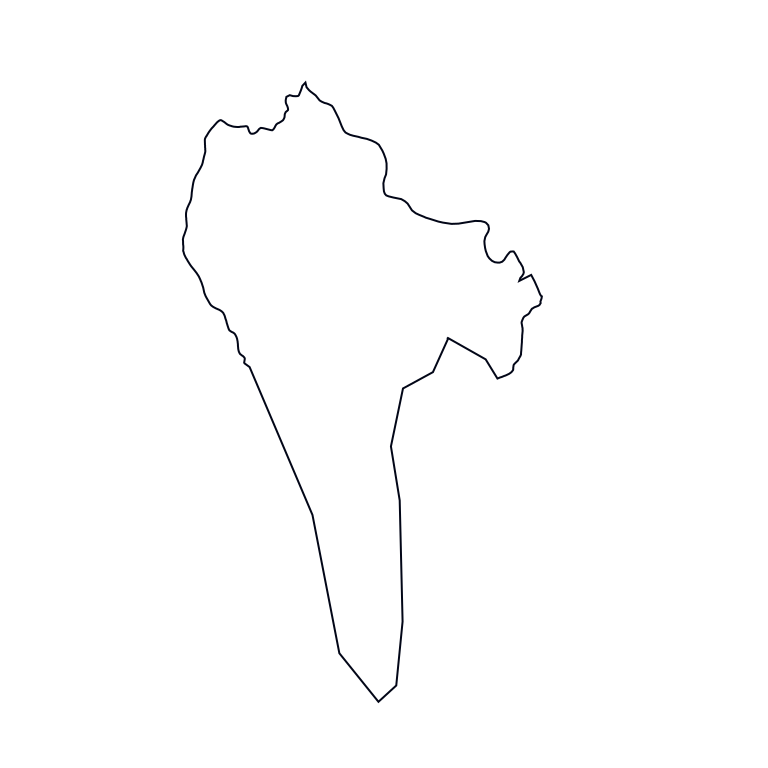 outline of Bazile, Dennery, Saint Lucia, rotated 259°
{"feature_id": "8701671B50411660224690", "entity_name": "Bazile", "entity_type": "district", "adm_level": 2, "iso_a3": "LCA", "parent_name": "Saint Lucia", "parent_adm1": "Dennery", "projection": "mercator", "projection_center": [-60.918, 13.909], "detail": "fine", "context": "isolated", "style": "outline", "palette": "ink", "viewbox_px": 768, "rotation_deg": 259, "n_neighbors": 0, "source": "geoboundaries", "source_scale": "gbopen_adm2", "svg_char_len": 6140}
<svg xmlns="http://www.w3.org/2000/svg" viewBox="0 0 768 768"><g transform="rotate(259 384 384)"><path d="M269.1,288.8L128.2,288.8L73.1,317.9L85.7,338.5L147.2,356.9L266.7,377.2L321.4,378.9L376.0,401.8L386.3,434.3L416.2,455.5L417.5,454.9L388.8,488.5L367.7,496.4L368.3,499.4L368.4,500.8L369.0,503.7L369.1,504.8L370.1,508.7L370.8,510.3L371.3,511.3L372.0,512.2L373.1,513.4L373.6,513.6L373.9,513.6L374.3,513.8L375.1,513.9L376.5,514.4L377.7,514.8L378.3,515.2L379.2,516.4L380.7,518.7L381.4,519.8L381.7,520.1L382.6,520.8L384.2,522.1L384.7,522.6L385.0,522.8L385.1,523.0L385.5,523.2L385.8,523.5L387.0,524.2L387.3,524.2L389.6,524.8L390.1,525.0L395.7,526.5L396.1,526.6L398.9,527.4L400.5,527.7L403.7,528.6L404.9,528.8L409.9,530.3L410.4,530.3L410.8,530.4L411.2,530.4L411.7,530.6L412.3,530.6L412.8,530.7L413.4,530.6L415.2,530.7L417.1,530.7L417.7,530.7L418.7,531.0L419.0,531.2L420.5,532.1L421.9,533.1L422.5,533.5L423.1,534.2L423.5,534.7L423.8,535.5L424.9,538.6L425.1,539.0L425.3,539.3L425.8,540.0L426.6,540.8L427.0,541.0L428.2,542.2L429.3,543.2L429.7,543.7L429.7,544.0L430.6,546.2L431.3,550.3L431.9,551.7L433.5,553.2L435.1,553.3L437.8,554.9L439.9,555.7L440.7,554.9L442.4,554.3L444.3,553.9L448.2,553.2L456.0,551.4L463.0,549.3L459.4,536.5L462.1,538.1L463.5,540.0L465.4,541.8L467.1,542.6L472.2,542.5L477.0,540.9L478.5,540.1L483.1,538.9L487.1,537.6L489.3,536.6L489.6,535.4L489.8,533.4L489.3,532.4L487.1,529.7L484.6,527.2L483.1,525.9L481.5,523.4L481.1,520.8L481.4,519.0L482.4,516.0L484.3,513.5L487.2,511.4L489.8,510.2L495.1,509.3L498.3,509.2L502.1,509.4L505.1,509.8L508.9,511.4L511.0,513.1L513.6,515.4L516.3,516.7L519.9,516.7L522.8,514.9L523.8,513.6L525.4,510.2L526.7,504.6L527.2,487.7L528.3,480.8L531.2,472.6L533.1,468.3L537.4,460.4L539.4,456.6L540.2,455.6L543.4,450.7L545.6,447.7L549.1,444.6L556.6,441.6L559.5,439.3L562.2,436.2L565.3,428.7L567.3,424.4L568.7,422.2L570.6,421.1L573.1,420.7L576.3,421.0L581.2,421.7L585.9,423.8L589.3,426.0L594.6,427.6L600.1,428.6L604.7,428.6L610.2,427.7L613.5,426.9L619.8,424.6L622.5,422.1L625.3,418.3L627.9,413.9L630.0,408.9L631.5,406.0L633.6,401.1L635.1,398.2L636.7,396.0L638.2,394.2L640.8,392.8L645.0,391.7L653.6,390.1L661.2,388.0L664.9,386.9L667.0,385.9L668.6,383.9L669.5,382.6L670.4,381.1L671.2,379.3L673.1,376.6L674.7,374.9L678.0,373.2L680.3,372.0L685.1,367.7L686.7,366.5L690.1,364.6L694.9,364.4L692.8,361.5L692.2,360.7L690.2,359.7L688.0,358.4L683.6,355.5L683.1,354.5L683.3,352.4L684.0,349.6L685.5,346.6L684.5,343.0L682.2,342.0L681.9,341.9L680.7,341.5L680.1,341.5L679.8,341.4L679.5,341.4L678.9,341.3L678.0,341.4L677.0,341.6L675.2,342.1L674.5,342.2L674.2,342.2L673.8,342.3L672.2,342.3L672.0,342.2L671.7,342.2L671.2,342.0L670.7,341.3L670.0,339.9L669.7,339.4L669.1,339.0L668.5,338.5L667.6,338.0L667.1,337.9L665.0,337.3L664.4,337.0L663.3,336.2L662.2,335.2L661.4,333.5L660.4,330.8L660.1,329.3L659.3,327.8L658.0,326.6L657.7,326.4L657.5,326.2L657.0,325.9L655.7,324.7L655.0,323.9L654.6,323.2L654.4,322.8L654.4,322.6L654.9,321.2L657.7,315.3L658.3,313.9L658.9,312.0L658.8,311.6L658.6,311.1L658.2,310.2L657.5,309.3L656.8,308.6L656.0,307.5L655.7,307.1L655.1,305.6L654.7,304.3L654.7,302.9L654.8,302.7L654.9,301.9L655.1,301.3L655.6,300.7L656.2,300.4L656.5,300.3L657.8,299.8L658.2,299.8L658.6,299.7L659.6,299.6L660.0,299.5L661.4,299.4L661.9,299.2L662.3,299.2L662.8,298.9L663.2,298.4L663.4,297.7L663.5,297.2L663.5,296.9L663.5,296.0L663.6,295.5L663.6,294.8L663.7,294.5L663.9,292.5L664.0,292.1L663.9,291.2L664.0,290.9L664.0,290.6L664.1,289.8L664.6,287.8L665.3,285.5L666.2,283.6L666.5,283.2L667.1,282.0L668.1,280.4L669.2,279.2L671.6,277.2L672.2,276.5L673.8,274.8L674.1,274.2L674.2,273.8L674.2,273.3L673.9,272.3L673.2,270.9L672.6,269.9L670.2,266.8L670.0,266.5L669.5,266.0L667.8,263.6L666.4,262.0L665.1,260.6L664.1,259.6L662.4,258.1L662.0,257.7L661.4,257.3L661.2,256.9L660.3,256.1L659.5,255.5L658.9,255.1L657.8,254.7L654.8,254.2L654.6,254.2L653.1,253.9L652.4,253.9L650.4,253.5L649.7,253.5L648.9,253.4L648.2,253.2L647.5,253.2L647.1,253.1L646.1,252.9L645.2,252.5L643.9,251.9L641.5,250.7L638.5,249.4L638.2,249.2L637.7,249.0L637.1,248.7L636.6,248.6L636.2,248.4L635.6,248.1L633.9,247.2L631.8,245.6L631.0,245.0L630.8,244.8L626.9,241.5L624.7,239.3L621.5,237.1L620.7,236.5L618.2,235.3L615.9,234.4L612.8,233.3L611.9,232.9L611.1,232.7L608.8,231.9L604.8,230.8L601.7,229.6L601.2,229.3L600.3,228.7L599.9,228.6L597.0,226.4L594.0,224.3L593.4,224.1L592.8,223.6L591.6,223.1L590.1,222.5L589.5,222.3L588.2,222.0L586.0,221.6L584.2,221.5L583.6,221.3L583.3,221.3L580.4,221.0L580.2,221.0L579.6,220.9L579.4,220.9L578.7,220.8L576.7,220.6L575.9,220.3L574.5,219.7L572.4,218.6L571.4,218.0L569.6,217.0L567.7,215.8L566.5,215.1L564.8,214.4L564.0,214.1L563.5,214.1L561.9,213.9L561.0,213.7L559.6,213.5L559.3,213.4L558.3,213.4L556.7,213.2L554.5,212.7L553.3,212.3L552.4,212.3L551.7,212.5L550.5,212.5L549.0,212.7L545.6,213.6L544.0,214.3L542.6,214.7L538.2,216.4L536.2,217.3L531.9,219.6L529.7,220.7L528.3,221.4L526.9,221.9L526.6,222.1L524.7,222.8L521.5,223.6L520.2,223.8L519.6,224.0L519.0,224.1L518.6,224.2L518.0,224.3L517.1,224.4L514.7,224.7L514.0,224.8L513.3,224.9L507.8,225.0L507.4,225.1L506.8,225.2L506.3,225.3L504.6,225.6L502.6,226.2L495.8,228.5L494.6,229.1L494.2,229.3L492.6,230.7L491.8,231.6L490.1,233.7L489.8,234.2L489.3,234.9L489.0,235.3L488.8,235.7L487.7,237.1L486.8,238.0L486.2,238.6L485.7,238.9L485.5,239.1L485.0,239.4L484.4,239.8L483.9,239.9L482.5,240.3L481.9,240.5L481.2,240.6L480.5,240.7L479.9,240.7L479.6,240.8L478.6,240.8L478.1,240.9L477.5,241.0L476.2,241.2L473.5,241.3L472.9,241.4L472.3,241.5L471.9,241.5L471.0,241.6L469.5,241.8L468.5,241.9L468.2,242.0L467.7,242.0L467.3,242.2L466.6,242.3L466.0,242.6L465.5,243.1L464.7,243.9L464.4,244.1L463.4,245.6L463.0,245.9L462.6,246.4L462.3,246.6L461.8,247.0L460.6,247.5L458.5,248.1L457.2,248.3L456.5,248.4L453.3,248.4L452.8,248.3L450.9,248.2L450.1,248.0L449.6,248.0L449.3,247.9L448.1,247.8L446.9,247.7L446.6,247.6L445.7,247.6L445.1,247.6L443.3,247.7L442.8,247.9L442.1,248.0L441.4,248.3L441.0,248.4L439.0,250.1L438.3,250.9L436.9,251.8L436.2,252.1L435.8,252.2L435.1,252.1L432.7,251.2L432.4,251.1L431.8,250.9L431.6,250.8L431.3,250.9L430.8,251.1L426.3,255.3L269.1,288.8Z" fill="none" stroke="#020617" stroke-width="2"/></g></svg>